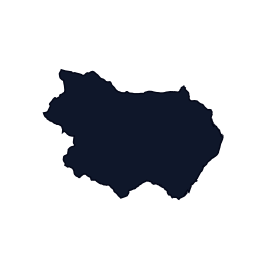 Sieu, Maramures, Romania (orthographic projection), rotated 44°
{"feature_id": "2599482B22819283509287", "entity_name": "Sieu", "entity_type": "district", "adm_level": 2, "iso_a3": "ROU", "parent_name": "Romania", "parent_adm1": "Maramures", "projection": "orthographic", "projection_center": [24.196, 47.709], "detail": "fine", "context": "isolated", "style": "filled", "palette": "ink", "viewbox_px": 256, "rotation_deg": 44, "n_neighbors": 0, "source": "geoboundaries", "source_scale": "gbopen_adm2", "svg_char_len": 5778}
<svg xmlns="http://www.w3.org/2000/svg" viewBox="0 0 256 256"><g transform="rotate(44 128 128)"><path d="M108.6,198.6L110.0,198.1L111.5,198.0L112.6,196.6L113.2,196.3L115.5,195.6L116.3,195.4L118.7,196.2L120.1,197.3L121.1,198.0L121.8,198.3L124.1,198.4L125.4,197.8L127.1,197.6L127.6,197.0L127.3,195.9L127.6,194.9L127.5,194.7L128.0,192.1L128.4,191.6L129.7,190.4L131.7,190.5L133.4,190.1L135.3,189.4L137.4,190.7L137.9,190.8L138.6,190.0L139.8,189.0L140.0,188.6L140.8,188.0L142.6,188.0L145.6,187.5L146.9,187.1L148.1,186.2L150.0,185.6L151.1,184.6L152.3,183.9L153.0,182.8L153.3,182.6L153.7,182.3L154.2,182.2L155.6,182.1L157.2,182.4L159.5,182.1L160.0,182.2L161.1,182.5L161.5,182.9L161.9,183.1L162.8,183.2L164.8,182.9L166.6,183.0L168.1,183.3L170.1,183.2L171.4,183.3L173.4,179.4L174.1,177.8L174.3,177.2L174.0,176.2L173.8,175.1L173.4,174.0L172.8,173.7L172.2,172.8L172.1,172.3L173.3,170.2L174.0,168.2L174.9,167.0L175.1,166.3L175.0,164.2L175.5,163.6L175.7,162.3L175.5,161.1L176.1,159.7L176.4,157.4L177.0,155.8L177.5,154.7L177.6,154.0L177.9,153.3L178.0,152.7L178.6,152.8L179.2,151.9L179.4,151.8L180.4,151.6L180.9,151.0L181.5,150.9L182.6,150.4L182.8,150.4L183.1,150.7L183.4,150.9L184.5,150.8L185.1,150.6L185.3,150.6L186.0,149.7L186.0,149.4L185.8,149.0L186.4,148.8L186.8,148.8L187.2,148.4L187.5,148.2L188.2,148.1L189.2,147.7L189.4,147.2L190.0,146.8L190.3,147.2L190.6,147.4L191.1,147.2L191.5,147.0L192.0,147.0L191.8,146.6L191.8,146.4L193.4,146.7L196.1,145.8L196.5,146.1L197.4,146.4L198.7,145.9L200.7,146.1L200.7,146.5L201.1,146.9L201.6,147.1L201.9,147.3L203.3,147.7L203.9,147.7L204.2,147.5L204.4,146.8L205.4,146.6L207.3,147.1L208.0,147.4L208.3,147.3L208.4,147.1L208.5,146.2L208.8,146.1L209.8,145.3L210.5,144.5L211.3,144.1L211.7,144.0L213.6,144.1L214.1,143.9L213.9,142.6L215.3,138.8L215.6,137.8L215.7,137.1L215.5,134.6L214.8,136.0L214.7,135.7L214.4,133.9L214.1,131.4L214.9,131.5L215.9,131.9L216.4,131.9L214.5,127.9L214.0,126.5L212.7,124.8L212.6,123.6L213.5,123.6L213.2,120.6L213.5,119.3L213.8,118.7L214.0,118.7L214.1,118.2L212.7,117.9L212.7,116.2L212.1,114.3L210.7,109.1L210.9,108.3L210.9,107.7L210.5,106.4L209.9,105.0L209.0,104.0L209.3,103.8L208.7,102.8L209.4,102.6L209.4,101.3L209.6,99.9L209.4,98.9L208.9,97.6L209.0,96.2L209.2,94.9L209.4,93.5L209.3,92.6L209.2,91.9L209.6,90.8L209.4,90.7L210.0,89.6L210.0,88.5L210.3,87.7L210.4,86.8L210.5,85.6L210.3,84.1L209.9,82.8L209.3,82.0L207.8,79.0L207.5,78.6L207.3,78.0L207.1,77.8L205.8,75.7L205.3,74.7L205.0,73.7L203.6,70.3L203.3,70.0L202.9,69.1L202.4,68.6L202.5,69.2L201.5,68.1L200.7,69.0L200.1,67.8L199.6,68.5L198.6,67.9L196.2,66.9L196.3,66.8L195.2,66.1L194.9,66.1L194.6,66.4L192.9,66.1L191.6,66.1L191.3,65.8L191.0,65.8L190.5,65.6L190.2,65.7L189.8,65.9L189.5,65.9L189.3,66.0L188.7,65.8L188.4,66.1L188.1,66.0L188.4,66.8L188.4,67.3L187.6,67.1L187.4,66.7L186.9,66.7L187.1,66.2L186.7,66.0L185.7,65.7L185.6,65.9L185.5,66.3L185.4,66.3L185.2,65.9L185.4,65.2L184.7,65.0L183.8,64.5L183.2,64.7L183.1,64.3L182.9,64.1L182.3,64.4L182.1,63.6L181.6,63.8L180.7,63.1L180.2,62.5L179.5,61.2L179.1,60.0L178.5,59.8L178.2,59.4L177.8,58.8L177.1,58.1L176.5,57.9L175.7,57.8L175.2,57.4L174.7,57.6L173.8,58.3L173.2,59.0L172.3,59.6L171.9,59.7L168.2,59.8L166.6,59.4L165.8,59.3L164.7,59.6L163.7,60.2L161.9,60.6L159.0,60.7L156.8,62.3L156.2,63.1L154.8,64.6L153.0,65.1L152.0,64.6L151.6,64.6L151.4,64.5L150.9,64.1L150.5,63.4L150.1,62.9L148.6,62.1L147.9,61.3L146.9,60.7L146.1,60.6L142.2,60.6L141.9,60.4L141.4,59.4L140.0,59.5L139.5,59.4L139.1,59.2L139.0,59.6L139.0,60.3L138.6,61.3L138.5,61.9L138.6,62.3L139.1,63.0L139.1,64.1L139.7,65.8L139.7,66.2L139.4,66.8L139.2,67.6L138.2,68.2L137.1,69.1L136.3,69.7L135.8,70.4L135.3,70.7L133.3,72.5L130.6,75.9L130.1,76.9L129.1,78.3L128.0,79.5L126.8,80.6L125.9,81.2L123.7,83.0L121.5,84.4L119.8,85.3L117.8,87.0L117.1,87.9L116.4,89.2L115.8,90.1L115.5,90.8L115.5,92.0L115.3,92.5L114.2,93.4L113.4,94.2L112.0,95.9L109.7,98.2L108.5,99.3L107.1,100.1L105.2,101.7L104.4,102.1L103.8,102.3L102.4,102.4L101.9,102.8L101.7,103.1L101.5,104.6L101.1,105.3L98.8,107.3L96.9,108.0L95.6,108.8L92.1,109.1L91.2,108.7L89.7,108.5L86.7,108.5L83.9,107.3L83.2,107.3L82.8,107.5L81.9,108.6L81.0,109.4L79.6,110.2L78.2,109.9L76.3,110.2L75.5,110.6L74.9,111.0L73.5,111.4L69.4,111.0L67.0,111.3L65.1,111.3L63.8,111.7L63.2,112.1L62.4,113.5L62.1,115.1L61.7,116.0L61.0,116.2L60.5,116.7L60.2,117.3L60.0,118.6L60.1,119.7L60.0,120.2L59.6,121.0L59.0,121.8L58.5,122.0L57.7,121.9L55.6,122.9L52.7,124.6L51.5,125.2L51.0,125.7L50.5,126.4L50.3,126.9L49.3,127.1L48.9,126.9L48.5,126.9L43.3,130.6L39.6,132.5L39.9,133.0L40.8,136.3L41.6,137.1L43.5,138.5L44.5,139.0L46.9,139.0L47.4,138.9L48.6,138.4L50.9,140.2L52.7,141.4L54.4,142.8L56.6,144.7L57.0,145.6L57.6,146.0L57.7,146.4L57.5,147.2L57.2,148.0L57.2,149.1L56.9,149.9L56.4,150.8L56.2,151.4L56.3,151.9L57.2,152.3L57.2,152.5L57.1,153.4L56.7,154.8L56.1,156.6L55.9,156.8L55.7,156.9L54.7,156.8L54.4,157.1L54.3,157.4L54.3,158.6L54.3,159.7L54.6,160.6L54.8,164.5L55.0,165.2L55.2,165.4L56.6,165.8L57.0,166.1L58.4,170.4L58.9,171.9L58.7,172.8L58.0,174.2L56.8,175.8L58.3,176.6L60.3,177.3L61.1,177.3L62.0,177.0L62.7,177.1L63.5,177.5L65.8,177.0L67.2,176.9L67.6,176.6L67.9,176.1L69.4,176.0L70.0,175.6L70.4,175.6L70.9,175.8L72.3,175.4L72.9,175.0L74.0,174.8L75.3,173.7L76.3,173.3L78.8,172.7L79.7,173.0L80.1,173.3L82.1,174.3L84.0,176.6L84.1,175.1L84.5,174.7L85.4,174.3L87.2,174.2L88.6,174.4L90.0,174.0L90.5,173.7L90.8,174.1L93.0,172.8L95.0,171.1L95.9,172.4L98.4,175.7L99.1,176.4L99.7,176.7L101.1,177.0L101.8,177.5L101.9,178.2L101.8,178.6L101.2,179.8L100.7,180.4L100.1,181.9L100.0,182.5L100.0,183.9L100.0,184.8L100.1,185.0L100.9,185.9L101.4,186.7L102.1,187.7L102.7,188.3L102.8,188.5L102.7,190.0L101.8,192.1L101.7,192.8L101.8,193.3L103.4,195.5L103.9,195.9L105.4,196.6L106.3,196.5L107.4,197.0L107.9,197.5L108.6,198.6Z" fill="#0f172a" stroke="#020617" stroke-width="1.5"/></g></svg>